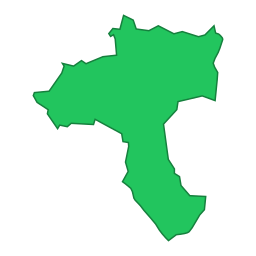 the district of Dojran, Dojran, North Macedonia
{"feature_id": "65306769B30499724495111", "entity_name": "Dojran", "entity_type": "district", "adm_level": 2, "iso_a3": "MKD", "parent_name": "North Macedonia", "parent_adm1": "Dojran", "projection": "albers", "projection_center": [22.692, 41.225], "detail": "fine", "context": "isolated", "style": "filled", "palette": "green", "viewbox_px": 256, "rotation_deg": 0, "n_neighbors": 0, "source": "geoboundaries", "source_scale": "gbopen_adm2", "svg_char_len": 1221}
<svg xmlns="http://www.w3.org/2000/svg" viewBox="0 0 256 256"><path d="M122.5,181.7L125.5,183.9L130.8,188.3L132.4,191.6L133.9,198.1L135.1,200.1L140.4,205.7L143.9,210.3L150.8,218.2L155.7,224.1L157.6,227.2L159.4,230.1L162.3,233.9L165.6,237.7L168.5,240.6L176.3,234.7L180.5,234.2L184.6,233.5L187.2,232.8L188.7,232.0L189.2,231.6L192.1,227.8L199.8,214.8L204.4,209.7L205.7,196.5L189.8,195.7L181.0,185.5L179.5,176.6L174.4,173.4L174.4,168.9L168.3,159.4L163.5,124.1L176.8,109.6L178.0,101.6L202.2,95.9L215.1,100.6L217.2,79.4L217.7,72.5L217.4,72.0L214.6,67.1L213.2,63.2L215.0,58.4L218.2,52.4L219.9,48.1L222.7,39.6L222.5,38.3L222.1,37.6L220.5,35.7L219.3,34.6L218.5,34.0L216.6,33.4L215.8,33.2L215.4,32.1L214.0,25.8L204.9,35.0L198.5,36.7L182.3,31.6L173.9,33.8L158.3,25.8L148.9,30.7L136.2,29.0L133.2,20.1L123.6,15.4L119.9,29.3L112.9,28.5L108.8,33.6L110.6,36.4L113.5,34.7L115.2,38.9L116.6,55.2L102.9,56.7L86.0,63.7L81.5,60.6L73.6,66.1L62.4,63.4L64.1,66.1L61.8,73.0L49.1,91.2L34.4,92.6L33.3,95.6L37.1,102.4L48.2,109.7L47.4,113.8L57.6,128.7L59.7,125.1L67.3,126.7L71.2,123.3L93.5,124.5L95.1,119.3L121.7,133.7L123.0,141.6L128.4,142.5L128.7,146.4L125.5,162.1L128.2,171.4L122.5,181.7Z" fill="#22c55e" stroke="#15803d" stroke-width="1.5"/></svg>